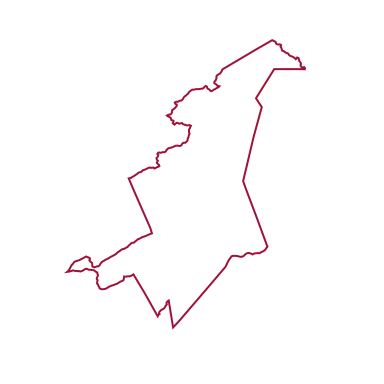 the district of Brotas de Macaúbas, Bahia, Brazil, rotated 75°
{"feature_id": "56859067B62774475312838", "entity_name": "Brotas de Macaúbas", "entity_type": "district", "adm_level": 2, "iso_a3": "BRA", "parent_name": "Brazil", "parent_adm1": "Bahia", "projection": "natural_earth1", "projection_center": [-42.507, -12.105], "detail": "fine", "context": "isolated", "style": "outline", "palette": "rose", "viewbox_px": 384, "rotation_deg": 75, "n_neighbors": 0, "source": "geoboundaries", "source_scale": "gbopen_adm2", "svg_char_len": 4931}
<svg xmlns="http://www.w3.org/2000/svg" viewBox="0 0 384 384"><g transform="rotate(75 192 192)"><path d="M264.4,133.3L234.6,136.0L203.2,139.1L199.7,139.4L194.7,139.8L189.0,136.7L176.6,130.0L155.2,118.5L128.0,102.6L123.1,104.3L118.0,105.9L94.6,80.8L101.8,54.0L102.1,52.9L102.7,51.4L101.6,50.8L100.4,51.4L100.4,52.9L99.7,53.8L98.6,54.4L97.2,54.2L96.5,53.5L95.0,53.7L93.4,54.4L91.6,54.4L90.0,54.5L89.3,55.7L90.1,56.5L90.6,57.4L89.4,58.0L88.4,58.8L87.5,59.7L86.7,60.8L85.8,62.0L84.8,62.8L83.6,63.1L82.7,63.7L82.1,65.0L81.1,65.8L79.8,66.9L78.7,68.4L77.2,68.4L75.8,68.4L74.5,68.9L73.3,67.9L72.1,68.9L71.9,70.5L71.0,72.0L69.9,72.5L68.7,72.4L67.8,73.2L66.9,74.4L66.1,75.2L71.5,95.4L81.4,130.7L82.1,131.5L83.2,132.2L84.1,133.3L85.0,134.6L85.2,135.8L85.7,137.4L86.8,138.6L87.9,138.7L88.7,139.1L90.0,140.0L91.3,141.8L92.6,142.3L93.7,141.4L94.7,140.5L95.9,140.0L96.9,138.2L97.6,139.2L97.9,140.8L98.6,143.2L98.9,144.7L99.5,146.3L99.6,147.4L98.8,148.1L97.5,148.7L96.2,150.2L95.2,150.4L94.1,150.3L93.1,151.4L93.5,152.6L94.2,153.2L94.6,154.2L94.9,155.4L94.6,156.5L94.5,157.9L94.3,159.1L94.0,160.2L93.7,161.3L93.6,162.5L93.7,163.8L93.2,165.2L93.7,166.7L94.2,167.8L94.8,169.2L96.0,170.3L96.8,172.1L97.5,173.4L97.9,174.7L98.8,175.7L99.8,176.7L100.6,177.8L100.9,179.0L100.7,180.0L100.8,181.1L101.2,182.4L100.7,183.8L101.1,185.5L102.5,185.3L103.6,184.1L104.8,184.4L105.4,185.2L106.1,186.0L106.7,187.2L107.3,188.6L107.8,190.0L109.1,190.4L110.6,191.2L111.6,192.7L111.3,194.0L111.4,195.2L111.7,196.4L112.5,195.8L113.5,194.6L114.8,193.4L116.1,193.3L117.2,193.3L117.9,192.0L118.7,191.4L119.6,191.9L120.3,192.7L121.4,192.3L122.4,191.4L121.6,190.0L121.2,188.7L121.8,187.7L122.8,186.5L122.8,184.9L122.8,183.8L124.2,183.1L125.2,181.5L126.0,180.2L126.6,178.9L126.7,177.1L127.8,175.9L129.0,177.0L130.1,177.7L130.9,178.8L132.3,179.0L133.8,179.5L135.0,179.2L135.9,180.0L136.9,180.7L138.3,181.3L139.5,182.3L141.4,183.3L142.2,184.7L142.7,185.7L142.3,187.0L142.5,188.3L143.1,189.3L144.1,190.1L144.4,191.2L144.3,192.4L143.6,193.5L143.1,195.5L143.4,197.8L143.8,199.6L143.7,201.3L143.6,202.7L143.8,203.8L144.4,205.0L145.2,206.1L146.2,207.1L146.4,208.6L145.9,210.1L146.1,211.9L145.4,213.3L145.3,214.5L146.3,215.6L147.4,214.9L148.4,215.4L149.2,216.2L150.0,217.5L151.5,217.6L153.0,216.9L154.0,217.9L154.8,218.4L155.9,217.9L157.4,216.9L158.5,216.8L158.9,217.9L159.0,219.4L159.3,220.9L159.6,222.1L158.4,222.9L158.2,224.8L157.4,226.6L157.5,228.2L157.8,229.9L158.2,231.6L158.2,233.5L158.7,234.6L159.5,235.9L159.4,237.6L159.6,239.0L160.5,240.6L160.8,241.8L161.4,243.4L161.8,244.7L162.1,246.2L162.5,247.1L162.6,248.3L162.5,249.6L175.4,247.8L216.0,241.6L221.6,241.4L221.8,243.7L222.1,245.7L222.4,246.9L222.5,248.2L222.7,249.9L222.7,251.1L222.8,252.2L223.2,253.6L223.5,254.9L223.6,256.4L224.5,258.2L224.9,259.3L225.4,260.3L225.9,261.5L225.6,262.5L225.7,263.7L226.5,265.2L227.0,266.2L227.7,267.6L228.5,268.5L228.7,269.9L229.0,271.0L229.4,272.5L229.2,274.3L229.9,276.1L230.4,277.5L231.0,279.1L231.6,280.5L232.4,281.7L232.7,283.3L233.2,285.1L233.5,286.8L233.9,288.3L234.5,289.6L234.6,290.8L234.9,292.1L235.1,293.4L235.6,294.7L235.9,296.1L236.4,297.4L237.2,298.5L238.2,299.6L239.0,300.4L239.6,301.7L239.2,303.0L239.4,304.2L239.5,305.9L238.2,307.5L236.5,307.2L234.8,306.9L233.7,307.5L232.6,308.5L231.2,308.8L230.3,307.8L229.0,308.1L227.8,309.9L226.9,311.0L227.2,312.3L227.6,313.6L227.9,314.9L228.1,316.3L228.7,318.4L228.7,319.7L228.8,321.5L228.8,322.6L229.3,324.2L230.6,325.6L231.2,326.8L232.0,327.8L233.2,328.8L234.5,329.9L235.6,331.2L236.3,332.1L236.8,333.2L237.1,331.1L237.1,328.9L236.9,327.3L237.4,326.3L238.1,325.1L238.5,323.5L239.0,322.6L239.2,321.4L239.9,320.5L239.8,319.1L239.7,317.8L239.3,316.8L238.9,315.7L238.8,313.7L239.7,312.7L240.5,311.5L240.8,310.2L241.5,308.7L242.1,307.1L243.2,306.2L244.4,305.3L245.2,304.3L246.8,304.6L247.9,304.3L248.8,304.8L249.6,305.5L250.4,306.2L251.6,306.5L252.7,306.0L254.0,306.7L255.8,307.4L257.1,306.7L258.7,306.7L259.8,306.2L261.0,306.2L262.2,305.2L262.7,304.0L263.0,302.1L263.1,300.2L262.6,298.4L262.1,297.0L261.9,295.4L261.6,294.0L261.6,292.3L261.4,290.3L261.3,289.0L261.0,287.5L260.5,285.7L260.0,284.3L259.9,282.7L259.4,281.0L257.9,280.2L256.1,279.5L256.5,278.4L256.7,277.3L256.8,275.8L257.3,274.2L257.3,273.1L256.9,271.5L256.4,269.9L277.7,263.8L303.2,257.3L301.9,256.2L301.5,254.9L300.5,255.2L299.5,254.6L298.7,253.5L298.0,252.1L297.6,250.4L297.0,248.8L295.9,247.6L295.0,246.9L294.2,245.5L292.6,245.4L291.5,244.3L290.8,242.6L317.9,245.3L313.8,238.6L298.9,216.8L288.9,202.2L273.0,179.1L268.6,175.3L267.6,174.3L266.7,173.4L266.1,172.5L265.3,171.6L264.4,170.5L264.2,169.3L264.8,167.0L265.2,165.8L265.8,164.4L266.6,163.0L267.2,161.9L267.4,160.5L267.3,159.1L266.7,157.8L265.8,156.3L265.4,154.8L265.5,153.7L265.7,152.5L266.4,151.6L267.1,150.6L268.0,149.6L267.6,148.5L267.6,146.9L268.0,144.6L268.6,142.7L268.3,141.5L267.9,140.5L267.7,138.4L267.1,137.0L266.1,135.3L264.9,134.3L264.4,133.3Z" fill="none" stroke="#9f1239" stroke-width="2"/></g></svg>